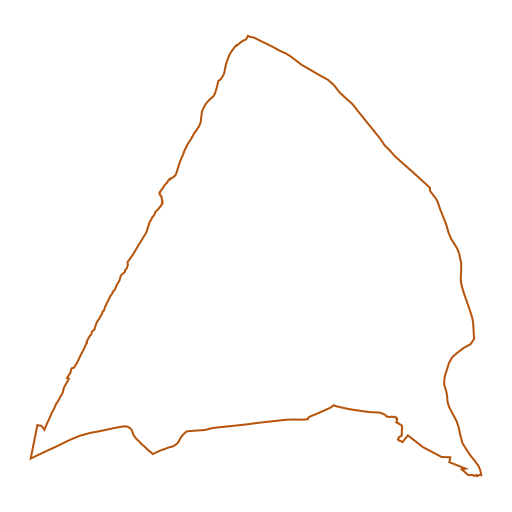 C.A. Rosetti, Tulcea, Romania
{"feature_id": "2599482B3415534167735", "entity_name": "C.A. Rosetti", "entity_type": "district", "adm_level": 2, "iso_a3": "ROU", "parent_name": "Romania", "parent_adm1": "Tulcea", "projection": "equal_earth", "projection_center": [29.531, 45.308], "detail": "fine", "context": "isolated", "style": "outline", "palette": "amber", "viewbox_px": 512, "rotation_deg": 0, "n_neighbors": 0, "source": "geoboundaries", "source_scale": "gbopen_adm2", "svg_char_len": 5955}
<svg xmlns="http://www.w3.org/2000/svg" viewBox="0 0 512 512"><path d="M30.7,458.6L36.6,455.7L46.1,451.2L56.2,446.6L59.3,445.1L67.3,441.1L73.6,438.3L79.7,435.8L86.1,434.0L91.2,432.7L99.2,431.3L107.0,429.6L116.8,427.5L122.3,426.6L125.6,426.4L126.8,426.5L128.5,427.2L129.7,427.9L131.2,429.3L131.9,430.5L133.2,434.3L133.9,435.7L136.1,438.6L139.4,441.7L140.7,443.2L142.3,444.8L144.7,446.7L148.3,450.3L150.6,452.0L151.9,453.3L152.7,454.1L154.0,453.5L156.2,452.4L160.4,450.5L163.6,449.4L168.1,447.7L169.3,447.3L171.7,446.7L173.1,446.3L175.0,445.2L176.3,444.3L177.6,443.0L178.3,442.1L181.0,437.4L181.8,436.1L183.0,434.7L186.5,431.5L189.1,431.1L204.7,430.0L209.8,428.8L209.8,428.7L213.5,427.9L235.4,425.6L248.2,424.2L256.8,423.0L256.7,423.0L285.7,419.8L293.0,419.5L299.1,419.7L302.3,419.6L307.7,419.3L307.8,418.7L308.2,418.1L308.5,417.6L309.0,417.1L309.4,416.9L313.7,415.0L314.5,414.8L318.6,413.0L324.0,410.6L324.3,410.3L324.8,410.2L326.4,409.5L330.3,407.7L333.8,405.2L334.1,405.3L334.1,405.5L334.6,405.8L340.3,407.2L345.3,408.3L349.1,409.1L354.0,409.9L363.4,411.3L370.8,412.2L376.2,412.4L378.0,412.4L378.2,412.6L379.4,412.6L382.6,413.6L383.6,414.2L384.4,414.4L385.0,414.7L385.4,415.0L386.1,416.0L386.7,416.5L387.8,416.7L389.1,417.0L390.0,417.0L391.3,416.6L392.7,416.8L393.2,417.1L394.1,416.9L394.5,416.9L395.8,417.3L396.6,417.8L396.9,418.5L397.1,419.3L396.8,419.4L397.1,419.7L396.8,421.4L396.7,422.1L396.3,422.4L396.6,422.6L397.1,422.9L397.6,422.8L398.5,423.2L398.9,423.7L399.0,424.0L400.5,424.6L401.3,425.2L401.8,425.7L402.1,426.5L402.2,427.2L402.2,428.2L401.9,429.8L401.7,433.3L401.8,434.1L401.8,435.3L401.5,435.8L399.6,436.8L399.1,437.2L398.9,437.6L398.6,438.1L397.8,439.2L397.8,439.3L397.9,439.6L398.9,440.3L399.6,440.7L401.4,441.4L402.5,442.1L407.9,435.4L423.1,447.2L441.6,457.0L450.3,457.3L449.3,462.2L465.6,468.6L461.7,469.4L465.4,472.5L467.6,474.6L469.6,475.2L472.5,474.9L474.1,475.9L476.6,475.0L477.2,476.2L478.4,475.4L479.7,475.0L481.3,475.2L480.3,470.3L478.4,465.8L474.0,459.8L471.3,456.7L468.0,451.9L462.6,443.5L460.1,434.3L459.4,430.6L458.3,426.2L457.3,423.4L456.5,421.0L452.2,412.9L449.2,407.1L447.9,403.2L447.4,400.3L447.1,396.0L446.2,391.1L444.3,384.9L444.2,381.7L444.3,380.8L444.3,379.9L444.7,376.7L449.0,363.0L451.3,358.8L452.7,356.7L456.6,353.4L463.5,348.0L470.5,344.2L474.1,339.0L473.1,322.5L472.3,318.0L469.3,308.6L463.5,292.1L463.4,291.4L462.1,287.2L460.9,281.8L460.8,276.4L461.2,270.6L461.1,262.8L459.6,256.0L459.5,254.9L458.0,250.3L455.9,246.3L451.6,239.7L448.9,233.8L446.0,223.8L440.3,209.7L437.5,201.4L436.3,199.2L430.1,191.0L429.9,187.7L415.0,174.1L395.0,156.4L389.7,150.3L385.1,145.8L384.1,144.6L380.6,139.2L358.5,111.8L352.7,104.4L340.0,92.9L333.9,85.1L328.1,79.9L318.3,74.5L301.7,64.9L290.6,56.4L285.8,53.4L279.8,50.8L272.8,46.9L253.9,37.6L249.5,36.7L248.0,35.8L246.1,39.4L245.5,39.7L243.7,40.4L241.5,41.8L239.8,43.0L236.9,45.6L236.2,45.2L235.9,45.6L232.3,50.2L230.8,52.5L229.6,54.6L228.4,57.3L226.5,62.6L225.7,65.2L224.5,71.8L223.9,74.0L222.1,77.2L220.6,79.3L218.3,81.0L217.2,85.7L217.2,86.2L215.1,93.1L213.6,96.0L212.3,97.4L209.8,99.2L209.1,100.3L207.5,101.8L206.2,103.3L205.3,104.7L203.2,108.7L202.2,111.0L201.8,112.6L201.3,116.7L201.0,119.8L200.8,121.4L200.4,123.0L199.8,124.6L199.2,125.8L198.6,127.0L196.1,130.7L194.7,132.5L194.0,133.8L193.3,134.6L192.8,136.0L192.5,136.6L192.1,136.8L191.8,137.8L188.4,142.9L186.7,146.0L186.2,147.3L185.7,148.1L185.2,149.1L184.9,149.8L184.4,150.8L183.0,154.7L182.1,156.7L179.9,161.9L177.2,170.5L175.8,174.6L174.9,175.8L173.9,176.7L173.6,176.8L172.8,177.6L172.3,177.8L171.2,178.4L170.7,178.4L170.3,178.6L170.5,178.7L170.2,179.3L169.7,179.7L168.6,180.3L168.1,180.6L167.6,181.8L167.5,182.4L166.9,182.8L165.8,183.9L164.3,185.5L163.5,187.1L162.0,189.2L160.1,191.6L160.2,191.8L159.9,192.4L159.4,192.8L159.5,193.4L159.5,193.7L159.6,194.1L160.3,194.6L160.4,194.8L160.3,195.5L160.7,196.0L161.6,196.8L161.7,197.1L161.6,197.7L161.6,198.0L161.8,198.6L161.9,200.1L162.1,200.2L162.3,200.8L162.6,201.2L162.6,201.7L162.5,202.0L162.1,202.3L161.9,202.8L162.1,203.0L162.4,203.1L162.5,203.3L162.5,203.6L162.3,203.8L162.2,204.1L161.8,204.5L161.5,204.7L161.4,204.9L161.4,205.2L161.1,205.5L161.0,205.8L160.6,206.1L160.4,206.4L160.0,207.1L159.7,207.3L159.4,207.4L159.3,207.6L159.3,207.9L159.0,208.2L158.0,209.5L157.3,210.1L157.0,210.3L156.8,210.6L155.9,211.2L155.6,211.6L155.4,212.2L154.9,213.1L154.1,215.2L153.6,215.8L152.7,216.8L151.9,217.8L151.4,219.5L150.7,220.4L150.2,221.3L149.8,221.5L146.3,232.5L138.0,246.0L133.0,254.5L128.5,260.8L127.7,262.0L127.5,262.9L127.9,264.4L127.8,265.3L127.3,266.4L127.0,267.6L126.6,268.5L125.4,269.9L125.0,270.4L125.0,271.4L124.7,272.1L122.1,274.3L121.1,275.3L120.6,276.3L119.9,278.8L119.6,280.3L119.0,281.4L117.1,284.4L116.5,285.5L116.3,286.2L116.0,286.8L115.5,288.2L115.2,289.0L114.7,289.7L114.0,290.6L112.7,291.7L112.7,292.7L112.2,293.5L111.4,294.7L110.6,295.6L110.2,296.2L110.1,296.8L109.1,298.6L108.5,300.2L108.1,301.0L107.4,301.9L105.9,305.4L105.0,306.8L104.8,307.7L104.4,309.4L104.1,310.0L103.7,310.8L103.3,311.1L102.6,311.4L102.5,311.6L102.4,312.8L101.6,314.5L100.8,315.6L100.2,317.0L99.4,318.4L98.3,320.1L97.2,321.5L96.9,322.0L95.6,325.4L94.8,328.4L94.4,329.5L93.9,330.0L91.8,331.7L91.7,333.0L91.4,334.0L90.9,334.8L90.1,335.6L88.4,338.3L87.9,339.4L87.3,340.3L87.2,340.7L86.7,341.3L86.6,341.7L87.0,342.5L86.9,343.2L86.6,343.6L86.3,343.7L86.0,344.0L85.8,344.4L85.5,345.4L83.6,349.8L82.9,351.0L82.4,351.9L82.0,352.6L81.4,353.8L80.7,355.1L78.9,358.8L78.3,360.2L77.7,361.3L77.6,361.6L77.0,362.8L76.2,364.0L74.4,367.1L74.0,367.6L73.7,367.8L72.7,367.9L72.0,368.1L71.3,368.8L71.1,369.9L70.6,371.6L70.5,372.8L69.9,373.7L68.9,374.7L68.6,375.7L67.1,377.8L67.0,378.0L68.9,378.7L66.6,383.0L65.8,384.2L64.2,387.1L63.6,388.9L63.3,390.5L62.6,392.9L60.4,396.7L58.5,400.5L57.5,402.1L56.1,403.9L55.8,404.6L55.2,406.0L54.9,407.0L53.5,409.9L52.2,411.9L49.5,418.2L46.4,425.0L44.4,429.8L41.8,426.1L40.8,425.7L37.4,425.1L32.6,449.0L30.7,458.6Z" fill="none" stroke="#b45309" stroke-width="2"/></svg>